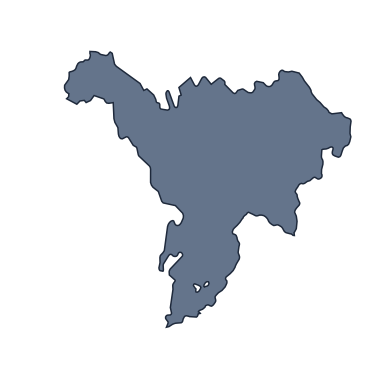 an SVG outline of Zaragoza, rotated 191°
{"feature_id": "ESP-5853", "entity_name": "Zaragoza", "entity_type": "Autonomous Community", "adm_level": 1, "iso_a3": "ESP", "parent_name": "Spain", "parent_adm1": "", "projection": "mercator", "projection_center": [-1.121, 41.843], "detail": "fine", "context": "isolated", "style": "filled", "palette": "slate", "viewbox_px": 384, "rotation_deg": 191, "n_neighbors": 0, "source": "natural_earth", "source_scale": "10m", "svg_char_len": 5990}
<svg xmlns="http://www.w3.org/2000/svg" viewBox="0 0 384 384"><g transform="rotate(191 192 192)"><path d="M171.8,69.4L174.1,69.4L175.3,68.7L175.8,67.8L176.4,65.8L176.5,64.7L176.5,63.6L176.8,62.5L177.6,61.6L183.0,60.1L184.4,59.4L185.9,58.4L188.9,55.5L191.3,54.4L190.5,58.6L190.7,59.9L193.7,62.7L194.1,64.2L193.5,65.8L192.4,66.5L189.8,67.2L189.3,67.8L189.0,68.5L189.0,69.3L191.2,74.4L192.1,92.8L193.0,96.3L193.1,97.3L192.9,98.4L191.7,101.2L191.6,101.8L192.0,102.4L198.4,106.2L199.2,109.3L199.2,110.4L198.7,112.2L189.2,127.2L189.2,128.6L190.0,129.9L191.2,130.6L192.6,130.5L193.6,129.6L194.3,126.9L195.1,126.0L196.2,125.5L197.3,125.4L198.3,125.6L199.9,126.6L200.6,126.8L201.6,126.6L202.2,126.0L202.7,125.3L206.3,115.9L206.3,114.5L205.2,110.1L205.2,109.1L205.4,108.7L208.3,108.7L208.8,109.0L209.4,109.7L210.0,111.2L209.9,116.5L211.0,121.5L211.0,123.2L210.6,124.2L208.9,126.9L208.0,129.2L209.4,153.4L209.1,155.7L208.2,157.9L206.9,159.5L205.3,160.3L204.4,160.0L202.6,157.3L201.9,156.7L201.0,156.3L200.0,156.3L199.2,156.5L198.4,157.0L197.7,157.8L196.7,159.8L195.6,164.8L195.9,167.2L197.1,169.4L205.7,175.5L218.2,175.8L220.0,177.2L225.2,186.1L231.2,189.2L233.1,191.0L234.5,193.5L237.0,206.5L237.6,208.1L238.7,209.4L251.0,217.2L251.8,218.2L254.4,224.4L255.1,225.4L258.6,226.6L264.9,233.4L266.3,233.8L267.1,233.6L270.5,230.9L271.9,230.8L273.2,231.5L274.4,232.9L275.3,234.8L277.0,241.0L281.0,245.7L282.6,249.1L286.4,264.7L290.6,263.2L292.7,263.1L294.4,264.3L295.8,266.1L296.5,266.6L306.5,268.0L309.1,262.4L313.0,259.6L315.2,261.4L319.3,260.0L321.8,256.2L332.9,259.6L331.3,262.0L331.7,265.1L332.6,265.3L334.5,266.2L336.0,267.7L337.0,269.8L337.4,272.5L334.5,278.9L334.7,282.4L335.4,285.9L335.2,286.3L334.0,287.0L332.7,287.6L331.0,288.8L330.1,289.8L329.6,291.0L329.4,292.1L329.3,293.4L328.5,296.2L327.8,297.2L326.9,298.0L325.9,298.5L323.8,299.0L323.1,299.7L322.7,300.6L322.0,301.2L321.0,301.4L319.9,301.5L318.7,302.1L318.2,303.1L317.9,304.2L317.8,305.4L317.8,306.5L318.1,307.6L318.6,308.4L319.0,310.5L313.4,311.3L310.7,311.0L308.0,309.6L302.6,309.5L301.5,310.0L301.0,310.4L300.6,310.9L299.5,313.3L298.9,313.8L296.8,312.9L292.4,302.7L290.2,300.9L263.7,288.6L258.7,282.5L255.9,284.6L248.1,279.9L245.3,276.1L244.2,273.6L243.5,273.1L241.3,272.9L240.7,272.4L240.3,271.6L239.7,268.8L239.0,267.9L238.2,267.5L231.6,267.7L230.2,268.7L230.0,270.2L230.6,272.0L234.9,279.3L236.3,283.3L236.4,284.2L236.2,285.2L235.5,286.7L234.6,286.8L233.7,286.0L225.8,272.8L224.8,272.0L223.7,271.8L222.7,272.6L222.4,274.2L223.1,283.6L221.1,285.1L224.8,292.1L215.3,304.1L210.0,297.5L208.7,296.6L207.5,296.8L206.3,298.2L204.0,305.7L203.0,307.0L201.6,307.4L200.5,307.1L193.7,301.4L187.4,308.7L186.6,309.1L185.6,309.2L181.6,307.2L180.9,306.5L180.5,305.4L180.3,303.8L170.5,297.1L168.9,296.8L168.3,297.1L167.8,297.6L166.4,300.5L162.3,302.7L161.2,302.7L155.9,300.4L153.5,300.5L152.2,300.9L151.3,301.8L150.0,304.8L149.9,305.9L150.3,307.4L151.0,308.9L151.4,310.4L150.9,311.9L149.6,313.0L142.9,312.9L139.5,310.5L138.2,310.1L136.9,310.1L135.5,310.5L134.4,311.5L133.7,312.6L132.8,315.1L132.2,316.2L131.4,316.8L128.8,317.8L128.1,319.0L128.3,320.7L129.3,324.0L129.2,325.6L128.5,327.3L127.4,328.5L126.2,328.8L124.0,327.9L120.3,328.2L117.0,329.6L109.5,329.2L105.6,325.7L102.9,322.5L96.8,317.2L95.2,315.3L94.5,314.3L94.2,313.2L93.6,312.3L92.9,311.3L87.3,306.5L83.4,304.3L78.8,300.7L75.9,299.5L74.5,298.4L73.4,297.4L72.7,296.3L69.6,295.4L60.3,298.4L59.3,297.2L56.8,295.1L54.8,294.4L53.7,294.4L51.6,294.0L50.6,293.7L49.9,292.9L49.4,291.8L49.1,286.1L48.2,280.4L48.0,279.4L46.6,276.5L46.8,271.5L47.4,268.8L48.2,267.7L48.8,267.1L49.6,266.8L50.4,266.2L51.8,264.1L52.4,260.6L52.8,256.9L53.1,255.8L53.7,254.8L55.0,254.1L58.5,254.6L60.4,255.2L61.2,255.9L61.7,256.8L61.9,257.9L61.9,259.0L61.7,261.3L62.1,262.3L62.9,262.8L63.9,262.8L64.8,262.4L66.8,260.8L68.7,259.8L70.9,259.2L71.9,258.8L72.6,258.2L71.8,251.8L71.4,250.4L70.7,249.3L69.9,248.4L69.2,246.7L68.8,244.2L69.1,238.8L68.4,234.6L67.8,233.9L67.5,232.9L67.4,231.9L67.7,230.8L69.2,229.3L70.4,228.8L71.1,228.8L74.1,229.9L75.1,229.6L75.8,229.0L78.5,225.6L80.7,224.5L81.7,223.5L83.0,222.1L84.1,221.4L85.3,221.2L86.3,221.3L87.4,220.7L88.4,219.4L89.3,216.8L90.0,215.3L90.5,214.0L90.8,211.9L89.6,210.5L88.9,210.0L88.2,209.1L88.0,208.0L87.0,206.0L85.1,203.1L84.3,202.1L84.0,201.0L84.3,199.6L85.6,197.4L86.2,196.4L86.7,195.3L87.2,194.1L87.4,192.8L87.4,191.7L85.0,188.2L83.3,183.3L82.6,175.9L83.7,172.3L84.1,171.7L83.2,168.8L84.5,168.7L86.5,169.8L87.5,169.7L91.9,170.0L92.9,170.4L93.8,170.9L94.6,171.8L96.1,173.6L96.9,174.4L97.9,175.0L100.1,175.8L101.2,176.1L102.3,176.0L104.4,175.0L105.5,174.7L107.5,175.4L109.5,176.4L110.4,177.1L111.2,177.9L112.4,179.6L113.2,180.4L115.0,181.7L117.0,182.5L119.2,182.6L121.3,182.2L123.0,181.2L124.4,180.8L125.3,180.9L128.6,181.9L129.7,182.1L132.6,182.9L133.1,182.6L133.8,181.9L134.4,180.4L135.5,179.3L136.7,177.6L137.0,176.1L137.7,175.0L139.2,171.4L141.3,167.9L143.6,164.7L144.4,163.2L144.8,160.6L144.3,159.3L143.5,158.6L142.4,158.6L141.3,158.3L140.4,157.8L139.1,155.8L138.8,154.8L137.8,152.9L136.2,151.3L135.6,150.4L135.4,149.4L135.5,147.2L135.2,141.6L134.7,140.5L133.5,138.6L133.0,137.5L132.8,136.4L132.9,135.0L134.7,129.9L135.3,127.5L135.4,126.3L136.6,122.8L138.9,119.2L142.3,115.1L142.6,113.9L142.4,112.9L141.8,112.1L141.0,111.6L140.6,110.6L140.4,109.4L140.7,107.8L141.4,105.1L143.8,101.1L146.8,98.2L148.5,95.5L149.3,93.9L149.2,92.8L148.1,90.4L147.9,89.4L148.2,88.2L148.7,87.0L149.4,85.5L150.2,84.4L151.0,83.7L152.3,83.7L154.4,84.3L155.3,84.1L157.0,83.0L157.2,81.6L158.1,80.3L159.3,78.9L162.1,77.1L162.7,76.2L162.9,75.6L161.1,74.8L160.7,74.4L162.6,73.6L162.8,71.9L163.1,70.9L163.8,70.1L170.7,69.2L171.8,69.4ZM171.8,102.4L172.7,101.7L172.7,100.3L170.6,98.3L169.6,97.6L169.5,95.8L169.1,94.7L168.3,94.6L167.5,94.7L166.2,96.1L165.2,98.7L165.1,100.2L166.3,101.2L168.0,101.7L171.8,102.4ZM158.7,107.0L160.3,106.8L161.5,105.6L162.4,103.4L162.4,101.7L161.7,101.1L160.7,101.8L159.1,102.6L158.2,103.6L157.9,105.6L158.7,107.0Z" fill="#64748b" stroke="#1e293b" stroke-width="1.5"/></g></svg>